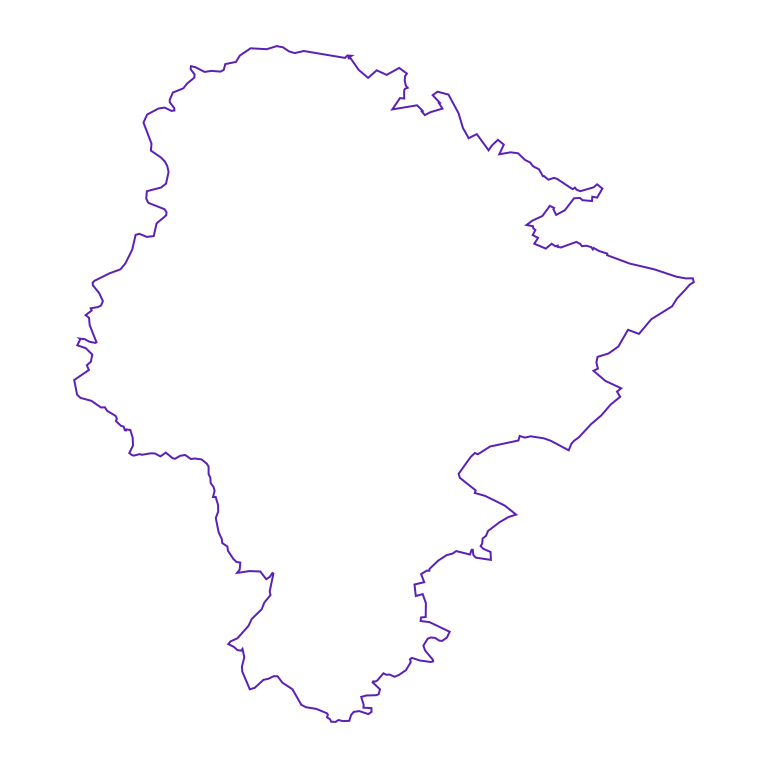 outline of Naas Lea-7, Kildare, Ireland
{"feature_id": "5873133B14255448334282", "entity_name": "Naas Lea-7", "entity_type": "district", "adm_level": 2, "iso_a3": "IRL", "parent_name": "Ireland", "parent_adm1": "Kildare", "projection": "robinson", "projection_center": [-6.602, 53.206], "detail": "fine", "context": "isolated", "style": "outline", "palette": "violet", "viewbox_px": 768, "rotation_deg": 0, "n_neighbors": 0, "source": "geoboundaries", "source_scale": "gbopen_adm2", "svg_char_len": 4748}
<svg xmlns="http://www.w3.org/2000/svg" viewBox="0 0 768 768"><path d="M109.6,273.3L94.5,280.8L92.6,282.7L93.0,285.5L99.1,293.0L102.9,301.1L101.0,305.6L97.8,307.1L90.7,308.3L91.7,310.5L85.6,315.1L89.0,317.8L89.7,325.2L96.5,342.3L95.4,342.9L89.6,341.8L84.6,339.1L79.6,338.6L80.3,339.2L77.3,345.3L85.8,348.2L92.3,354.6L90.8,361.8L86.8,365.2L88.9,370.0L74.2,380.0L77.1,394.7L80.5,397.9L91.3,400.8L101.1,407.5L104.9,407.3L107.3,411.0L115.6,415.9L116.9,418.7L115.9,421.1L121.1,425.9L123.6,426.5L124.8,430.2L126.0,430.5L126.3,429.4L130.3,430.0L132.7,437.7L133.0,445.5L129.3,453.0L131.9,455.1L133.7,455.6L139.9,454.1L141.9,454.8L150.9,453.3L155.0,453.5L160.4,456.4L165.8,452.6L172.5,458.1L174.9,458.8L180.2,455.8L185.2,455.0L190.8,459.0L194.6,458.5L201.6,459.4L206.8,463.7L208.6,466.6L208.6,474.2L210.4,477.8L210.6,482.9L213.6,487.1L214.6,490.7L213.0,497.1L215.7,497.0L218.1,505.1L218.2,511.6L215.8,518.0L218.6,532.2L221.9,539.3L222.3,543.1L227.4,546.5L227.9,550.7L233.3,558.9L236.4,561.9L240.3,562.6L239.7,569.6L237.1,572.9L249.5,571.1L260.3,571.5L266.2,579.2L269.7,576.9L272.4,573.0L273.4,573.6L269.7,591.4L270.5,595.1L264.4,602.4L261.7,609.2L251.7,619.0L248.5,625.9L237.5,638.2L230.4,641.5L228.3,644.1L233.9,646.9L237.4,650.1L241.1,650.7L242.5,648.9L244.3,657.3L241.9,666.8L242.3,671.6L249.8,689.3L254.6,687.9L263.4,679.9L268.6,678.7L273.7,676.2L277.6,676.3L282.4,682.7L292.4,689.2L301.3,704.8L305.9,707.2L316.3,708.9L326.8,713.2L327.9,714.7L327.0,717.3L330.2,719.4L331.1,721.7L335.6,721.9L338.5,720.0L342.8,721.1L349.3,720.8L351.1,715.0L353.7,711.9L359.3,711.1L368.3,714.1L371.5,711.9L371.4,708.1L363.4,707.7L363.7,704.9L361.2,696.9L366.3,695.5L376.3,695.2L378.6,694.2L380.0,689.3L372.6,682.4L373.3,681.3L374.8,681.7L377.3,680.5L383.4,673.3L386.4,674.8L389.5,674.5L394.6,676.8L399.0,674.9L406.0,670.1L410.8,662.1L410.0,659.2L412.0,657.9L419.9,660.5L430.8,662.0L433.1,661.4L432.9,659.8L425.1,650.5L423.4,645.7L427.6,638.8L430.6,637.5L435.1,637.9L439.2,640.6L442.1,640.9L446.8,637.7L449.7,631.8L429.4,622.1L420.6,621.0L421.0,617.5L425.7,617.0L425.9,603.2L422.7,594.1L415.8,596.0L414.5,584.5L424.2,582.2L421.1,574.1L426.8,570.6L429.3,570.8L429.6,568.8L438.2,560.6L446.7,555.1L452.5,553.6L456.2,551.1L470.0,554.5L471.6,549.8L472.8,549.8L473.3,554.8L475.6,557.6L490.9,559.9L490.6,552.0L483.3,548.8L480.6,546.1L482.2,543.6L482.6,538.5L486.0,535.9L488.0,531.0L499.7,522.1L508.5,517.0L516.1,514.6L504.8,505.6L485.1,495.9L474.8,493.0L475.7,490.4L459.9,477.9L458.6,473.8L470.8,456.8L474.9,453.0L477.8,454.3L490.1,446.5L518.4,440.5L519.7,436.0L525.0,437.6L530.6,436.3L543.8,438.3L550.8,440.8L568.7,450.3L571.5,443.6L574.0,440.8L578.8,437.4L590.9,424.3L601.2,415.5L610.7,404.5L620.2,396.8L617.0,391.6L621.2,388.3L605.5,381.0L593.5,370.8L597.9,368.6L596.4,362.4L597.5,356.9L608.5,353.5L618.4,346.5L628.0,329.8L639.0,333.9L651.3,319.2L672.1,306.3L676.8,298.7L684.9,290.1L689.9,284.5L693.8,282.2L692.8,278.3L685.8,278.4L676.4,276.7L654.1,269.3L629.8,263.6L607.1,255.2L607.3,253.6L599.0,251.0L593.7,248.0L592.8,249.4L591.3,247.1L586.1,245.7L581.9,246.2L580.2,243.9L576.3,241.9L560.9,247.5L557.6,246.9L557.7,245.6L555.2,246.2L551.7,243.7L545.8,248.6L534.3,243.7L538.1,237.9L532.7,235.1L535.4,230.0L533.2,228.2L532.9,226.2L526.5,225.0L532.4,220.6L542.4,216.0L549.8,205.9L554.1,207.9L553.4,209.3L556.2,214.9L564.9,210.2L574.0,198.3L579.9,197.9L582.5,200.2L592.0,201.0L592.3,196.7L597.1,197.6L602.4,188.6L597.1,184.3L593.7,187.3L580.2,191.2L576.6,189.7L574.9,187.6L572.9,189.1L571.4,188.4L557.0,178.8L553.9,177.9L548.4,179.7L543.9,176.0L542.9,176.2L539.0,169.3L533.1,166.3L530.2,162.5L525.1,160.0L518.1,153.3L510.6,152.3L499.3,154.3L503.8,144.6L497.9,139.8L491.8,145.6L488.6,150.3L476.8,134.1L468.7,138.2L462.9,127.9L458.6,113.4L448.5,94.6L437.5,91.7L432.7,95.2L439.9,102.8L438.9,103.1L442.5,108.6L430.4,112.2L424.9,115.1L421.7,111.4L422.7,110.9L417.1,105.3L392.3,109.4L400.0,98.1L404.2,98.5L404.1,90.3L404.9,88.8L407.7,87.8L405.9,85.7L404.7,80.8L405.0,76.2L406.9,73.6L399.2,67.9L386.7,74.9L376.7,70.3L368.1,77.9L358.7,69.9L350.4,58.0L349.0,58.5L348.5,57.6L351.5,55.8L347.4,55.5L345.0,57.9L303.8,51.0L294.7,53.1L289.0,51.4L283.0,47.3L276.7,46.1L266.8,49.2L250.6,48.3L239.8,55.6L236.0,61.9L225.3,64.1L223.7,69.9L220.6,71.6L211.4,70.9L204.6,71.9L195.2,67.1L190.9,66.2L190.6,69.1L194.6,74.5L194.3,77.7L187.1,83.5L183.4,88.3L172.8,92.6L169.7,100.0L169.8,102.3L174.3,108.2L174.4,110.5L171.5,110.9L164.6,107.6L158.5,108.5L147.1,114.6L143.5,122.6L151.5,143.7L150.9,150.6L161.1,157.6L164.7,161.3L167.2,165.8L168.6,172.0L166.0,183.7L161.1,187.5L146.9,191.2L146.2,198.6L148.4,202.9L164.5,209.2L166.5,212.2L166.2,215.3L156.6,223.4L153.7,236.1L146.9,236.9L139.3,233.8L135.6,234.9L132.2,249.7L125.4,263.4L120.5,269.3L109.6,273.3Z" fill="none" stroke="#5b21b6" stroke-width="2"/></svg>